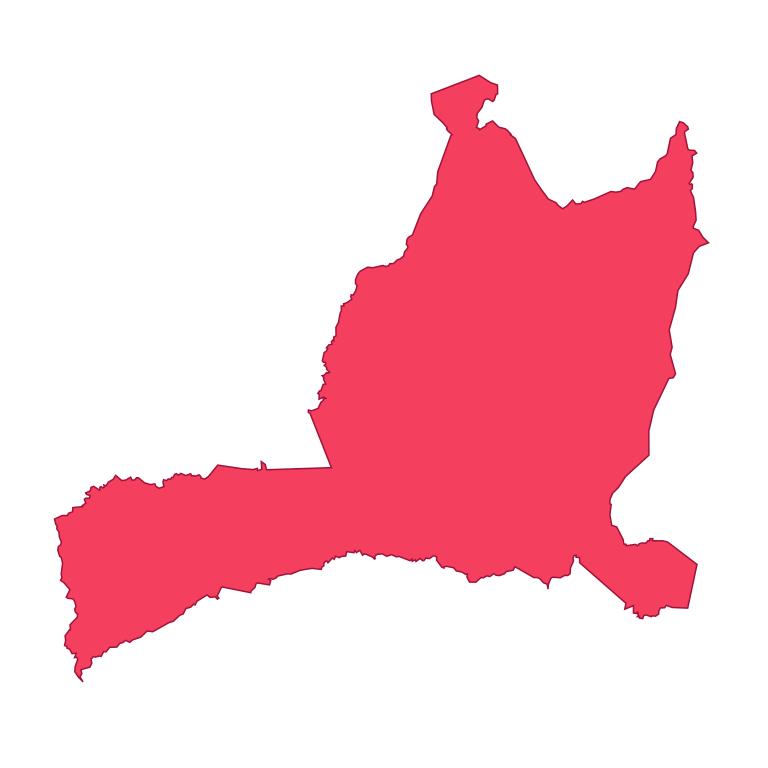 the district of Los Reyes, Michoacán, Mexico, rotated 3°
{"feature_id": "50627088B42004114063605", "entity_name": "Los Reyes", "entity_type": "district", "adm_level": 2, "iso_a3": "MEX", "parent_name": "Mexico", "parent_adm1": "Michoacán", "projection": "orthographic", "projection_center": [-102.401, 19.663], "detail": "fine", "context": "isolated", "style": "filled", "palette": "rose", "viewbox_px": 768, "rotation_deg": 3, "n_neighbors": 0, "source": "geoboundaries", "source_scale": "gbopen_adm2", "svg_char_len": 6091}
<svg xmlns="http://www.w3.org/2000/svg" viewBox="0 0 768 768"><g transform="rotate(3 384 384)"><path d="M99.1,697.2L95.8,692.5L97.4,688.9L96.3,685.1L105.2,682.1L106.8,678.1L105.8,674.2L108.2,671.3L110.1,671.9L113.6,670.6L115.8,670.8L118.0,666.0L120.5,666.0L123.9,661.3L131.0,660.7L133.7,656.8L137.0,655.8L139.5,653.5L143.6,655.3L146.6,652.6L154.5,649.4L160.3,643.1L166.0,643.5L181.5,633.7L186.1,631.9L192.2,625.6L195.5,624.2L197.9,618.6L202.6,617.0L205.5,613.8L206.9,614.5L208.6,610.7L218.4,603.9L221.5,606.2L226.6,605.4L228.9,607.6L230.3,606.5L228.5,604.5L232.1,596.0L233.3,595.2L261.9,599.4L262.0,597.8L265.8,593.9L266.5,590.6L267.9,589.3L280.2,590.6L281.2,586.1L279.0,584.9L281.3,584.2L283.3,584.8L286.0,583.6L288.1,581.3L297.6,578.6L301.0,578.7L309.9,574.5L316.2,573.0L321.9,571.9L331.1,572.4L331.6,569.8L333.4,568.9L333.3,566.0L335.0,564.0L336.1,563.8L337.4,565.5L341.5,560.5L343.5,561.7L344.6,558.5L348.5,559.8L350.8,558.3L354.7,557.9L355.6,553.4L362.9,554.0L363.7,551.8L365.3,553.8L368.5,551.4L371.6,556.1L372.7,555.0L374.9,554.9L381.8,557.5L383.6,559.3L384.4,558.8L383.6,556.9L385.9,554.5L391.1,553.7L395.8,555.9L400.4,554.0L405.7,556.0L408.0,555.4L419.3,559.1L421.0,557.4L421.5,559.6L424.4,557.9L425.2,559.6L429.1,556.4L432.0,558.5L433.2,558.2L434.9,555.7L438.5,556.0L442.6,552.8L445.7,554.0L445.7,557.1L451.2,563.8L453.5,564.7L453.6,563.4L456.2,562.8L463.3,563.9L465.9,566.9L471.6,567.7L475.5,569.8L477.2,569.4L476.9,572.4L479.7,577.3L486.1,577.1L491.0,572.2L493.3,572.4L496.7,570.2L499.7,570.8L503.7,567.5L505.8,569.1L509.3,569.3L514.2,567.2L515.9,564.9L522.7,563.2L524.3,559.6L543.9,569.5L547.4,569.3L549.7,570.2L553.9,574.3L557.4,575.3L558.5,580.2L558.7,575.3L560.8,569.3L562.5,568.1L570.2,568.3L574.4,565.7L577.6,565.6L579.7,563.8L579.9,557.6L582.5,551.0L581.9,547.5L582.8,545.4L584.9,544.8L584.8,547.0L588.3,547.1L588.8,552.3L637.1,590.3L636.2,596.3L644.7,592.3L645.1,599.7L648.4,600.0L648.8,598.6L649.6,598.9L650.0,601.8L649.2,603.0L651.1,602.7L651.1,604.3L654.6,604.8L655.5,601.7L657.7,600.9L663.0,602.4L663.5,601.6L667.4,601.6L670.3,599.4L670.3,596.3L671.6,593.2L675.9,592.8L677.5,590.3L683.5,592.1L699.0,591.9L706.0,547.8L675.4,526.9L670.5,526.0L660.4,526.5L660.5,524.3L657.6,524.5L657.6,526.4L655.7,526.8L653.9,529.2L649.5,529.3L646.8,530.5L645.7,532.3L643.5,531.0L634.5,532.8L634.2,531.5L631.9,531.2L630.9,526.7L623.9,514.6L618.8,513.2L616.4,502.8L617.2,492.3L615.9,491.9L615.7,487.5L618.0,481.2L623.6,475.0L630.1,463.7L652.3,441.2L650.9,417.2L654.7,395.9L668.2,363.5L672.5,362.7L674.6,358.6L668.3,339.5L669.8,332.1L666.0,315.1L671.1,292.0L672.6,275.3L682.1,258.0L686.2,236.8L691.7,230.0L700.7,226.0L694.8,220.8L690.2,214.1L685.1,212.3L684.4,211.0L687.1,204.1L686.1,195.3L683.3,181.3L679.8,175.0L681.6,172.8L681.5,168.7L680.7,168.0L679.0,168.8L678.2,167.9L681.9,161.4L681.4,156.8L679.3,154.7L680.7,147.0L679.7,140.1L684.2,137.1L681.9,134.5L676.7,134.5L675.1,133.3L670.9,117.5L671.2,116.1L674.6,113.6L673.8,111.2L669.4,107.6L665.5,106.5L662.6,113.6L662.5,119.7L657.3,123.5L654.8,139.1L653.4,141.3L648.0,144.7L645.6,147.8L644.0,157.7L639.4,165.7L629.6,168.5L624.0,176.3L616.5,175.2L612.1,177.3L610.8,179.1L605.8,180.3L600.6,179.9L584.3,188.2L574.5,192.1L572.7,191.2L571.2,193.7L566.1,194.2L562.7,190.4L557.4,196.7L553.2,199.6L549.0,197.0L546.4,194.0L538.6,190.8L531.3,182.1L523.8,172.3L502.4,131.9L497.2,128.6L497.8,128.0L494.0,124.3L491.8,122.8L485.1,121.5L478.7,115.6L472.4,119.1L472.3,120.9L466.0,125.1L465.5,123.9L463.0,123.0L464.7,116.3L462.7,113.2L462.9,109.0L467.4,102.5L469.0,96.3L470.4,94.5L473.2,93.8L477.8,96.2L479.1,94.9L480.7,89.3L482.3,88.2L481.7,79.5L474.5,77.4L462.9,70.8L416.0,91.7L416.6,99.0L420.0,112.2L429.9,120.7L433.7,125.0L433.1,126.0L434.3,127.7L439.0,131.5L437.7,132.6L426.6,169.2L426.1,181.7L424.1,184.1L422.3,193.8L411.7,212.1L404.6,233.7L400.9,236.1L399.5,238.3L399.0,243.4L400.5,245.0L400.7,246.8L397.7,250.8L396.9,255.3L393.1,258.5L390.9,259.2L387.2,263.2L383.4,263.6L382.3,265.8L379.4,266.5L376.7,265.7L366.6,268.5L361.6,268.2L354.4,272.5L352.0,275.8L350.1,281.3L350.3,285.2L352.0,287.4L350.9,292.1L348.7,296.8L346.5,296.7L346.3,298.9L347.5,300.9L342.4,304.9L339.4,306.0L339.9,308.0L337.2,308.4L337.6,312.9L336.4,316.1L335.4,324.6L333.0,330.0L333.6,338.4L331.4,339.7L331.6,343.4L330.6,342.9L329.2,344.4L330.0,347.0L326.9,347.8L324.6,350.9L326.0,351.3L324.4,354.5L322.6,355.7L321.2,364.3L322.5,365.5L324.4,365.5L324.8,367.1L323.3,368.5L325.7,370.2L326.0,372.4L329.1,375.2L327.3,376.1L326.1,375.5L323.9,378.3L321.8,378.9L323.7,380.8L323.3,382.1L325.7,387.1L323.3,387.6L321.3,394.1L319.9,394.3L318.4,396.9L319.8,397.7L319.9,402.6L324.5,400.2L326.5,401.5L324.1,402.2L324.2,403.6L321.9,405.6L319.5,411.8L313.1,414.6L309.9,413.9L309.9,416.3L311.6,417.1L335.9,470.3L271.2,475.8L269.6,470.6L265.5,467.9L266.4,475.6L262.3,477.1L262.0,474.9L257.8,476.3L246.5,476.0L222.2,473.7L213.6,485.5L210.0,488.3L206.1,487.5L205.9,486.0L204.2,484.4L199.8,486.1L198.9,485.4L196.8,485.9L195.6,483.7L190.8,485.8L185.8,483.9L183.7,485.7L181.1,484.4L179.6,485.3L178.3,488.4L176.7,488.5L176.1,490.3L173.5,490.1L171.9,491.8L168.9,491.2L168.4,493.6L169.6,498.0L164.9,499.9L161.6,498.2L160.4,495.7L156.1,496.7L150.0,495.2L143.6,490.5L141.7,490.6L140.1,492.9L137.3,493.1L135.9,490.3L131.1,493.5L127.1,494.1L120.8,489.3L118.5,493.4L114.0,496.3L111.8,500.2L109.5,499.5L110.0,501.6L108.6,502.5L106.9,501.3L105.8,501.9L105.6,505.0L99.4,501.4L96.8,502.6L96.2,506.2L91.7,508.3L92.7,509.8L96.3,510.8L95.7,513.5L92.0,513.7L90.8,514.8L92.4,518.6L88.9,521.4L89.4,522.3L79.7,523.7L79.6,528.0L75.7,529.6L74.8,531.8L69.5,532.2L62.0,536.1L63.7,541.6L64.9,542.4L64.9,545.9L67.1,548.7L67.8,553.5L70.1,559.0L69.4,561.6L67.3,563.4L66.9,566.8L69.1,573.0L70.8,574.2L72.4,579.7L71.6,590.5L72.5,594.4L71.2,596.9L74.9,599.3L81.1,605.8L77.8,613.5L79.2,614.5L84.6,614.9L86.3,617.0L88.2,622.4L86.9,624.7L87.7,628.0L89.9,629.8L90.0,632.9L83.0,640.9L83.8,645.7L83.0,645.6L78.7,652.1L79.5,656.9L78.7,661.8L81.1,662.9L81.2,664.3L84.1,665.4L86.6,669.7L90.7,668.9L89.3,673.5L91.2,672.8L92.6,675.1L90.4,682.2L90.3,687.5L94.2,692.7L99.1,697.2Z" fill="#f43f5e" stroke="#9f1239" stroke-width="1.5"/></g></svg>